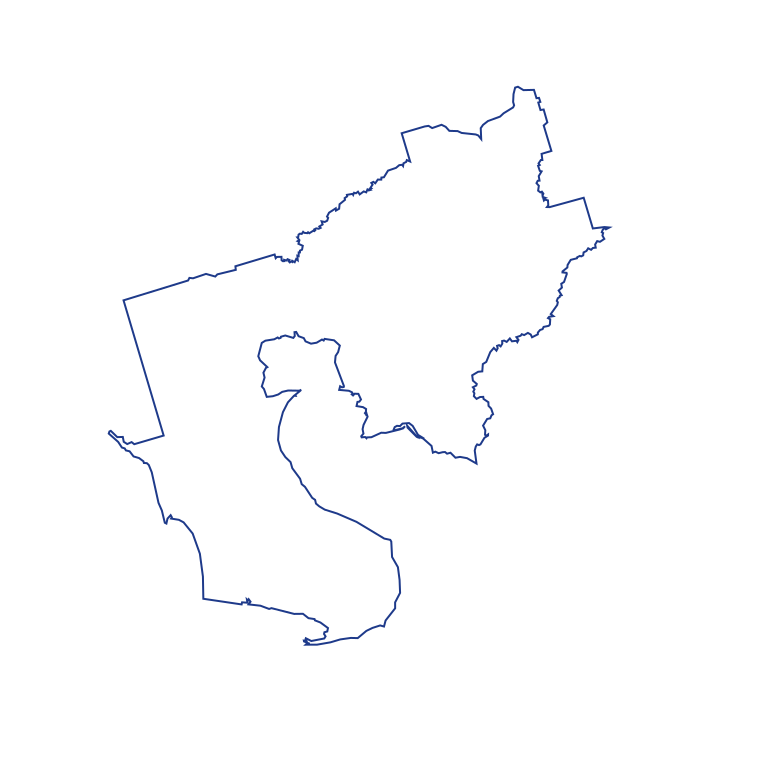 Greater Geelong, Victoria, Australia (orthographic projection), rotated 65°
{"feature_id": "25037944B24812283687541", "entity_name": "Greater Geelong", "entity_type": "district", "adm_level": 2, "iso_a3": "AUS", "parent_name": "Australia", "parent_adm1": "Victoria", "projection": "orthographic", "projection_center": [144.481, -38.052], "detail": "fine", "context": "isolated", "style": "outline", "palette": "blue", "viewbox_px": 768, "rotation_deg": 65, "n_neighbors": 0, "source": "geoboundaries", "source_scale": "gbopen_adm2", "svg_char_len": 6165}
<svg xmlns="http://www.w3.org/2000/svg" viewBox="0 0 768 768"><g transform="rotate(65 384 384)"><path d="M217.9,470.1L214.2,488.7L215.3,491.5L209.0,498.8L207.5,512.4L205.6,515.5L207.4,517.8L198.1,584.7L337.6,605.5L333.0,635.8L330.0,637.3L329.9,642.1L326.4,644.3L321.6,643.1L319.4,648.2L311.0,651.4L311.0,652.9L312.6,654.4L324.1,649.4L330.8,648.4L332.8,646.2L335.1,646.0L337.5,643.0L343.8,641.6L347.6,637.3L352.4,634.7L354.1,635.0L355.5,632.4L358.0,631.4L365.9,631.8L396.4,638.6L404.8,638.8L417.1,641.3L418.5,640.2L414.5,637.1L412.7,632.8L415.1,632.6L416.0,633.8L420.4,627.3L424.7,624.1L438.7,620.6L460.0,622.6L482.0,629.5L502.3,638.5L523.6,606.2L521.9,604.9L524.5,600.2L521.3,599.3L522.7,598.7L521.9,597.6L524.9,597.0L526.5,599.9L532.7,589.7L539.3,583.2L539.6,580.7L554.4,562.6L558.0,554.6L564.3,551.4L567.7,546.3L569.0,546.5L573.3,542.4L581.5,537.9L584.3,540.0L583.8,542.9L585.2,544.0L588.0,543.6L589.4,545.7L586.2,558.5L581.4,562.3L582.6,563.4L585.2,562.5L582.8,565.1L583.5,565.3L588.0,561.1L586.7,563.5L587.2,565.1L591.9,555.0L595.5,541.7L597.0,531.6L600.1,521.4L603.2,515.2L600.3,504.3L600.2,497.5L601.2,489.5L603.8,486.5L599.0,482.5L592.0,468.7L586.6,466.2L580.1,457.7L568.2,452.7L555.9,448.8L544.2,449.8L529.9,444.0L527.9,444.2L524.2,449.1L497.3,467.2L481.6,481.2L472.8,490.8L467.5,494.4L463.6,496.2L459.9,495.4L456.8,497.2L443.8,499.1L440.0,500.9L434.4,500.1L421.6,502.7L415.3,501.7L408.5,504.3L400.7,505.5L390.0,503.7L378.6,497.4L366.8,487.5L360.0,478.8L356.6,470.5L357.4,469.0L356.3,469.0L354.7,462.6L354.0,461.6L354.4,463.3L349.4,473.6L348.1,479.6L348.8,484.3L348.1,489.9L346.1,495.7L337.8,494.9L334.6,495.8L327.7,489.5L322.8,488.5L319.5,484.2L319.4,482.6L310.2,486.3L305.7,486.2L295.1,477.4L294.6,473.2L297.1,464.5L296.9,460.7L298.3,460.0L298.5,458.2L297.6,457.4L298.3,453.0L303.9,446.7L302.8,444.6L299.2,443.2L299.7,441.6L304.6,441.2L308.5,437.3L312.2,437.1L316.6,433.1L318.1,427.6L317.5,421.4L319.1,420.3L318.0,418.8L323.3,410.8L330.5,407.8L335.7,412.1L338.1,416.0L343.7,419.3L369.0,421.2L369.7,421.8L369.2,423.5L367.5,424.7L370.4,427.1L375.3,418.7L378.0,416.5L379.3,416.4L379.7,417.6L381.3,416.9L380.4,414.7L382.1,411.4L388.3,411.4L389.6,413.8L389.0,415.6L392.4,418.2L396.1,412.8L399.1,410.8L401.6,412.2L402.7,414.3L402.7,412.2L404.4,412.5L404.5,414.0L404.9,412.5L406.7,412.7L412.4,419.8L415.9,422.5L420.3,423.6L421.7,426.7L422.9,426.8L424.1,423.5L425.8,422.8L425.2,422.0L426.9,417.9L427.0,407.1L429.1,403.0L431.8,389.3L432.3,385.4L431.2,382.8L432.0,385.8L430.4,393.9L429.4,394.5L427.6,392.5L427.4,389.9L428.9,387.3L427.7,384.0L430.0,377.8L434.1,375.7L446.3,374.5L445.5,374.0L450.5,370.7L448.3,372.8L446.2,376.2L431.6,380.6L433.5,381.1L445.7,376.7L447.1,375.5L448.2,373.1L450.1,371.5L460.2,367.1L466.9,368.7L467.0,366.1L469.8,363.7L470.6,359.6L471.5,357.4L473.8,356.3L474.4,352.8L481.0,350.4L482.2,345.9L486.3,340.1L495.2,333.8L482.7,329.9L479.5,327.3L478.1,325.1L479.5,323.7L479.5,322.1L475.2,315.7L474.7,311.5L473.7,311.0L474.1,313.1L472.7,313.9L468.7,311.7L463.6,311.8L459.3,305.3L460.0,302.2L457.8,299.8L457.5,297.9L451.5,297.3L448.0,298.5L444.6,297.1L439.6,300.1L437.6,299.5L436.4,302.5L436.6,306.4L433.0,307.7L430.6,306.0L428.7,306.3L427.0,304.2L424.5,304.8L424.4,301.0L423.2,299.9L418.5,302.0L413.4,300.4L412.7,293.5L414.1,289.6L407.7,286.0L407.2,282.0L400.0,274.2L397.7,269.2L401.3,268.0L399.7,265.9L397.2,265.4L397.4,263.3L399.2,262.4L397.4,259.7L395.0,258.8L395.4,256.8L397.7,255.0L395.9,250.7L399.4,250.0L400.8,245.7L402.4,245.5L400.9,243.5L397.5,244.2L398.0,239.8L397.1,238.1L398.9,236.3L398.5,232.0L401.2,230.1L404.2,230.1L404.0,223.6L402.4,222.8L401.0,219.7L401.3,217.1L399.7,215.2L400.9,210.2L400.2,208.5L395.6,206.0L393.6,207.5L392.9,206.0L394.1,201.8L391.1,203.3L385.6,193.6L383.4,191.9L381.7,192.3L379.7,190.2L379.4,188.0L378.3,187.3L378.6,185.5L373.1,186.2L371.8,182.0L368.1,181.0L367.6,177.7L361.5,171.8L360.4,171.6L358.3,175.1L357.4,174.6L355.9,168.6L353.7,167.3L350.4,162.3L351.6,156.0L350.8,155.4L350.7,152.4L351.7,151.3L351.6,149.1L349.1,147.5L349.0,144.3L347.3,141.6L349.9,139.6L349.0,137.2L349.9,134.5L346.8,133.7L344.6,130.4L346.4,128.2L345.6,123.0L341.8,123.3L339.8,121.6L338.5,122.5L336.7,120.6L335.8,118.1L337.6,117.5L337.4,113.6L334.9,117.9L331.3,129.0L299.6,124.3L293.7,159.1L292.5,161.5L291.5,159.6L286.9,157.8L284.9,160.3L285.3,161.5L283.4,161.2L283.5,159.1L281.5,161.1L278.8,160.2L279.5,159.8L278.8,159.1L276.4,159.6L276.4,161.3L273.9,162.6L269.8,159.9L266.4,160.9L264.8,158.8L265.4,157.1L261.0,155.9L257.9,151.3L256.7,152.7L251.3,152.1L251.3,150.3L249.4,150.7L247.3,147.2L247.9,145.8L242.0,143.9L243.5,133.8L217.2,130.0L215.9,125.4L202.7,123.3L201.8,126.4L194.1,125.2L194.4,123.1L190.2,122.6L189.4,125.0L180.8,123.8L176.6,133.4L171.2,137.0L170.8,139.9L176.0,144.1L183.0,147.8L186.4,148.3L187.9,150.1L189.2,161.2L190.7,165.8L189.6,178.6L191.0,184.7L193.0,188.2L203.1,192.4L198.6,193.5L196.6,195.4L189.3,207.5L185.9,210.4L182.2,217.8L177.0,219.4L173.4,222.3L172.4,232.2L168.9,234.5L167.8,238.2L164.2,262.0L193.4,266.3L190.7,268.7L192.1,270.1L192.2,273.0L194.5,274.6L193.0,274.9L192.1,277.7L193.2,281.8L192.3,290.2L196.6,296.7L195.8,299.1L197.6,300.1L196.1,303.2L198.4,307.1L196.3,308.2L196.4,310.5L198.5,310.1L200.5,313.4L201.3,312.9L201.3,314.8L202.4,314.2L202.1,316.1L200.7,316.8L202.8,319.1L200.9,321.0L201.9,325.9L198.7,326.3L199.3,328.8L198.0,330.3L199.6,332.0L198.4,332.1L196.9,337.7L198.4,338.1L198.9,341.1L200.6,341.5L202.3,348.3L206.2,350.6L206.5,354.2L204.4,353.5L205.5,361.4L208.2,364.9L209.8,364.4L212.0,366.5L212.1,369.2L210.2,371.8L213.5,372.2L213.9,376.0L215.7,375.5L215.7,377.6L214.3,379.7L214.4,381.7L215.6,381.4L216.0,382.6L215.2,383.4L215.8,388.0L214.4,388.7L214.9,389.7L213.3,392.4L211.9,393.0L213.2,395.1L212.2,396.7L212.5,398.3L214.8,399.8L214.5,400.6L217.7,399.9L218.0,401.8L219.0,400.8L220.8,402.3L224.4,399.2L227.6,401.5L227.6,403.8L229.2,404.6L228.7,405.7L232.0,407.3L231.1,408.3L235.4,409.9L233.6,410.8L235.9,413.5L233.7,415.0L234.6,415.6L233.7,416.3L234.0,418.0L232.5,418.5L231.6,417.3L230.1,418.7L230.9,420.1L229.3,422.0L230.5,422.4L230.0,423.7L228.6,424.5L225.4,423.2L223.6,427.3L224.2,429.0L220.4,428.4L214.5,468.9L217.9,470.1Z" fill="none" stroke="#1e3a8a" stroke-width="2"/></g></svg>